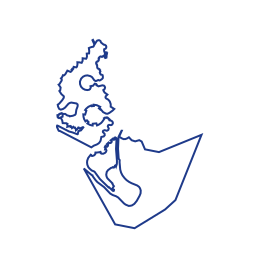 66, Ad Dawhah, Qatar (orthographic projection), rotated 247°
{"feature_id": "91078587B46503062575408", "entity_name": "66", "entity_type": "district", "adm_level": 2, "iso_a3": "QAT", "parent_name": "Qatar", "parent_adm1": "Ad Dawhah", "projection": "orthographic", "projection_center": [51.544, 25.36], "detail": "fine", "context": "isolated", "style": "outline", "palette": "blue", "viewbox_px": 256, "rotation_deg": 247, "n_neighbors": 0, "source": "geoboundaries", "source_scale": "gbopen_adm2", "svg_char_len": 5842}
<svg xmlns="http://www.w3.org/2000/svg" viewBox="0 0 256 256"><g transform="rotate(247 128 128)"><path d="M43.1,143.5L93.0,193.0L93.7,147.1L101.7,135.3L110.2,135.3L112.4,133.6L112.9,129.4L115.3,126.6L119.1,125.2L118.8,123.2L118.8,121.3L119.5,119.6L120.6,118.5L122.9,116.8L123.9,116.9L127.9,121.2L128.0,121.0L123.5,115.8L112.8,110.7L103.3,107.4L101.7,107.8L99.9,106.9L92.8,104.6L89.6,104.2L86.5,104.4L83.1,105.3L80.6,106.3L78.0,107.9L75.8,109.7L71.5,114.0L69.5,115.2L67.7,115.5L65.5,115.3L62.9,114.0L61.0,112.1L57.5,107.6L55.7,104.2L55.2,101.4L55.5,99.7L56.0,98.2L58.5,95.8L60.2,94.8L67.9,91.8L69.9,90.3L72.3,87.7L74.6,86.0L82.9,82.9L90.1,78.7L92.6,77.8L97.3,76.7L98.3,76.8L98.8,76.2L108.0,71.5L44.3,78.5L33.2,94.9L38.5,130.3L43.1,143.5ZM144.2,83.8L144.5,81.2L142.0,79.3L142.0,79.0L145.7,75.1L147.8,72.4L157.4,64.4L157.9,63.8L157.6,63.4L156.5,63.0L152.8,63.1L152.2,63.4L151.8,64.2L124.5,86.7L125.1,89.7L125.0,92.8L125.3,94.8L125.7,95.9L126.9,97.7L130.2,100.0L129.7,102.3L130.4,103.7L131.8,104.2L134.0,103.3L134.6,103.5L135.2,104.1L135.1,105.7L133.7,107.5L133.9,109.1L135.1,110.1L137.3,110.0L138.2,110.7L138.3,111.8L137.5,113.0L137.2,113.9L137.4,114.9L138.4,116.0L139.4,116.2L140.4,116.0L141.4,115.3L142.3,113.9L143.0,113.9L143.2,114.4L144.5,113.8L144.5,113.5L145.4,113.4L145.9,113.0L146.1,112.5L145.8,112.1L146.6,111.0L146.4,109.7L145.7,109.8L143.8,106.7L143.1,105.2L142.5,102.2L142.5,100.5L144.6,100.7L145.7,97.2L144.1,96.4L144.6,95.6L145.7,94.2L148.0,92.4L148.9,94.0L151.1,93.2L150.7,91.4L153.4,91.1L155.6,91.4L158.0,92.2L157.1,93.8L160.2,96.4L161.3,95.6L162.1,97.0L163.0,99.8L163.1,102.7L163.0,103.4L162.2,103.2L161.6,105.2L162.8,105.6L161.2,108.2L158.4,110.6L157.5,108.9L155.8,109.7L156.0,110.2L152.3,111.3L149.8,113.4L149.1,114.8L149.2,116.9L150.0,120.5L150.9,122.8L154.4,120.4L156.7,121.4L159.5,121.6L161.8,120.9L163.8,119.4L164.6,119.2L165.2,119.3L165.9,119.9L166.8,122.1L169.8,120.3L172.0,120.0L172.6,120.1L172.8,121.4L174.0,122.6L175.3,122.8L176.4,122.4L177.3,121.1L177.9,117.1L179.7,115.7L180.2,116.1L180.9,115.9L181.8,114.8L180.5,112.1L181.1,110.6L181.1,109.9L180.8,110.0L179.9,109.6L178.6,108.2L178.4,107.1L178.8,105.4L180.1,103.3L182.0,101.8L184.4,100.9L187.1,101.0L189.5,101.9L191.8,104.2L192.8,106.7L192.9,109.0L192.3,111.2L190.4,113.7L188.8,114.8L185.2,115.6L184.0,116.4L183.7,117.2L183.8,119.4L182.9,120.3L182.8,121.1L183.3,123.4L183.7,124.2L184.7,124.8L186.5,125.3L187.5,124.5L187.7,123.9L188.7,123.6L190.1,123.7L190.7,124.6L191.3,124.5L192.0,124.9L192.3,124.6L193.0,124.8L193.4,124.6L193.4,124.3L194.1,124.1L194.6,123.4L194.9,123.3L196.1,123.4L197.8,124.1L198.3,123.9L198.8,124.2L199.5,123.8L200.4,124.1L201.0,124.6L201.0,125.3L201.3,125.6L201.1,126.3L201.5,126.8L201.6,127.4L202.4,127.7L203.0,128.4L203.4,128.1L204.0,128.5L204.6,129.9L204.6,130.7L204.0,131.2L204.0,132.0L203.6,132.1L203.5,132.4L203.8,133.0L203.5,133.4L203.5,133.7L203.9,133.7L204.1,134.0L203.9,135.2L203.5,135.2L201.7,134.3L201.3,134.4L201.2,135.0L201.7,135.5L201.5,135.8L202.2,136.2L202.3,135.9L204.6,137.2L204.4,137.5L205.0,137.9L205.2,137.5L206.0,137.8L206.3,137.2L204.4,135.8L204.6,135.4L205.9,136.0L208.2,136.1L209.8,136.8L209.8,138.4L210.4,139.3L211.3,139.8L212.4,139.9L213.7,139.1L214.2,138.2L217.2,136.6L219.0,136.6L220.2,135.6L220.5,133.9L220.2,133.1L218.4,130.5L222.8,130.2L222.7,129.6L218.6,129.7L218.1,129.6L216.7,128.4L216.4,127.8L216.8,126.0L216.9,123.2L214.0,122.4L211.9,121.3L212.6,119.1L209.9,118.2L208.5,117.1L208.1,116.5L209.9,113.5L207.5,112.4L206.1,110.8L207.4,108.9L208.3,107.1L206.4,106.4L204.4,105.0L204.0,104.1L205.5,101.9L203.8,100.7L203.6,99.9L204.2,99.7L203.7,98.8L202.9,99.1L202.2,97.7L202.1,97.0L204.5,94.6L202.0,91.3L201.5,89.9L201.5,89.3L202.0,88.8L200.1,86.6L199.9,85.7L198.7,86.0L197.6,85.5L195.1,81.9L195.0,81.1L191.6,81.8L189.3,80.4L188.9,79.3L185.3,79.9L182.3,81.3L181.6,81.1L180.7,80.4L179.2,78.1L177.3,74.2L176.9,72.4L175.0,72.0L172.6,72.1L171.3,73.1L171.1,73.7L170.9,75.8L171.4,78.1L173.6,82.7L173.8,84.1L173.6,85.7L170.7,90.2L169.4,90.8L168.4,90.5L167.4,89.9L165.0,87.6L161.4,85.4L160.8,84.5L160.8,82.1L161.5,79.0L161.8,79.0L163.4,76.9L165.5,75.7L166.3,73.8L167.6,72.8L167.8,70.3L167.2,69.2L167.1,69.5L167.5,70.4L167.3,72.6L167.1,73.0L166.0,73.2L164.0,72.2L164.0,69.2L164.5,68.2L165.6,67.9L168.2,68.5L167.3,68.0L165.5,67.5L164.6,67.8L164.0,68.4L163.6,70.1L160.7,70.4L158.0,69.8L156.4,73.2L155.4,73.9L154.9,73.3L154.0,73.4L152.8,72.6L152.5,75.6L152.0,76.0L151.4,75.7L151.3,76.4L149.8,76.4L150.4,78.3L149.1,78.7L149.0,79.4L147.3,79.5L146.3,79.2L146.8,80.8L147.9,82.5L147.6,82.9L146.9,82.8L146.4,83.3L146.4,86.9L146.0,87.1L144.2,83.8ZM116.0,79.7L113.9,77.7L112.2,76.8L110.1,76.2L107.3,76.2L105.6,76.8L103.1,78.0L101.3,79.8L100.3,80.3L99.9,80.3L99.5,79.7L99.6,80.3L99.2,80.5L92.0,82.2L80.9,86.9L81.0,87.3L76.1,89.5L75.8,89.9L75.8,90.5L76.7,91.0L77.3,90.4L76.9,90.0L77.5,89.8L78.3,89.9L79.5,91.5L79.6,92.2L79.2,92.5L81.1,92.0L83.2,91.8L83.3,92.0L89.7,89.4L91.6,89.3L93.5,89.7L95.9,91.3L97.0,93.1L97.9,96.7L97.7,98.4L97.3,99.1L97.7,99.2L97.4,99.8L97.4,101.5L97.6,100.6L98.4,101.2L98.6,102.4L98.4,102.6L97.9,102.5L99.3,103.7L101.8,104.9L113.4,108.8L122.7,113.3L123.3,113.3L124.2,112.7L124.4,111.8L124.3,111.5L124.3,112.1L123.4,112.1L122.6,111.0L122.8,110.1L123.3,109.7L123.9,109.8L124.0,110.3L124.2,110.2L123.4,107.2L123.2,107.3L123.4,107.9L122.2,107.9L121.3,107.2L121.0,106.3L121.2,105.4L121.7,104.8L122.3,104.7L122.6,105.4L121.4,102.2L121.2,102.3L121.5,102.9L120.4,103.2L119.3,102.4L118.9,101.4L119.4,100.1L119.7,99.8L120.1,100.4L120.3,100.2L118.9,98.5L119.1,98.9L118.5,99.3L117.8,99.4L117.8,98.9L117.5,98.7L117.5,99.4L115.8,99.4L114.7,98.5L114.1,97.2L114.0,95.1L114.8,93.5L115.6,93.0L116.4,93.0L116.6,93.1L116.7,94.3L116.8,92.7L117.4,90.3L118.0,88.7L118.6,87.7L117.9,88.4L117.4,88.3L116.8,87.7L116.1,86.4L116.1,84.5L116.5,83.7L117.5,83.2L118.4,84.0L116.0,79.7Z" fill="none" stroke="#1e3a8a" stroke-width="2"/></g></svg>